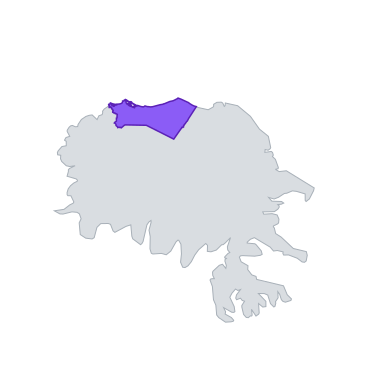 Sveitarfélagið Hornafjörðu, Austurland, Iceland (highlighted), rotated 209°
{"feature_id": "244011B97448762640394", "entity_name": "Sveitarfélagið Hornafjörðu", "entity_type": "district", "adm_level": 2, "iso_a3": "ISL", "parent_name": "Iceland", "parent_adm1": "Austurland", "projection": "albers", "projection_center": [-15.406, 64.234], "detail": "fine", "context": "in_parent", "style": "filled", "palette": "violet", "viewbox_px": 384, "rotation_deg": 209, "n_neighbors": 0, "source": "geoboundaries", "source_scale": "gbopen_adm2", "svg_char_len": 8636}
<svg xmlns="http://www.w3.org/2000/svg" viewBox="0 0 384 384"><g transform="rotate(209 192 192)"><path d="M279.9,118.3L282.7,118.5L287.4,116.4L294.1,110.2L296.9,108.8L303.3,108.8L295.5,114.8L292.7,121.4L290.5,124.6L290.5,126.0L296.1,130.0L298.8,128.6L299.9,129.1L301.0,131.0L301.8,134.7L301.3,138.6L299.8,142.5L297.6,145.7L297.9,146.8L299.7,147.3L308.9,145.2L310.0,149.9L310.9,151.5L310.6,153.1L307.0,158.3L311.3,155.0L314.7,154.0L320.7,155.5L323.1,157.3L324.6,160.5L327.5,159.4L328.9,161.3L329.0,163.2L327.8,168.7L324.4,171.5L326.6,175.4L328.4,175.4L328.7,176.3L328.6,178.6L325.9,181.4L330.5,184.4L331.1,185.5L330.9,189.0L330.2,191.0L328.9,192.2L325.6,192.5L323.7,193.8L324.4,195.9L323.9,201.8L321.4,206.7L319.0,209.3L316.7,211.0L310.1,209.3L310.4,213.5L308.1,216.1L308.6,218.2L309.4,219.3L309.0,222.0L306.1,227.8L304.0,229.6L299.7,231.9L293.6,237.1L287.3,237.1L271.9,244.4L265.7,248.4L254.6,260.3L249.9,263.3L241.9,264.6L217.7,271.8L214.8,276.4L214.6,277.4L215.6,279.2L213.7,282.5L209.9,284.8L208.2,284.7L205.3,282.5L204.9,283.5L206.0,286.0L193.9,289.6L177.6,286.5L163.5,279.7L152.2,277.7L144.7,269.0L144.6,267.7L145.7,265.4L148.6,264.6L147.5,262.0L142.3,265.9L140.7,265.6L138.8,263.7L138.8,262.0L134.9,261.0L128.4,255.3L128.0,254.1L129.8,252.5L129.5,252.2L125.7,252.1L119.8,256.3L87.1,254.8L86.3,252.1L86.0,242.8L87.6,239.0L88.9,239.5L92.1,245.2L101.0,243.2L104.8,241.6L108.5,236.9L110.5,235.5L113.8,229.3L116.8,225.7L122.4,224.4L117.7,222.7L109.1,227.1L106.4,226.8L107.9,224.7L110.9,222.5L109.0,222.1L108.4,220.9L108.6,218.5L110.4,214.8L120.5,208.9L118.5,207.4L111.4,211.9L106.4,213.2L102.8,210.4L101.3,207.0L101.6,205.7L104.3,201.8L104.0,201.0L102.5,200.4L98.7,196.2L92.1,195.8L76.0,191.7L63.1,195.3L60.5,192.5L58.7,187.0L59.5,185.1L61.8,184.2L67.8,185.1L76.9,183.8L81.3,181.3L82.7,182.3L83.3,183.8L89.0,182.2L92.1,179.9L96.9,181.7L115.3,182.3L118.0,179.0L119.4,175.0L119.0,174.1L111.9,177.2L110.4,177.0L102.9,174.1L100.4,171.5L101.5,169.8L106.0,166.3L117.1,160.8L118.7,159.6L119.0,158.0L115.2,154.8L107.3,154.7L105.7,151.2L99.5,148.5L95.1,149.2L93.1,146.9L66.5,154.3L58.9,148.3L53.2,146.7L52.9,145.1L56.9,140.9L59.4,140.4L61.7,141.2L65.7,145.0L68.6,146.4L65.4,141.2L65.8,136.6L64.8,135.3L64.0,132.1L64.7,131.1L69.2,132.4L75.8,138.6L79.6,138.2L84.7,135.4L74.4,132.2L71.8,127.6L74.3,125.7L79.7,126.7L74.6,118.8L74.5,117.5L75.9,114.5L83.1,118.2L79.7,113.5L79.7,112.5L80.9,111.9L81.8,109.4L83.8,108.6L87.5,109.9L92.7,115.6L93.4,117.0L93.1,122.0L95.5,121.5L98.1,122.6L100.8,119.4L102.3,120.4L103.2,123.6L102.3,130.2L104.2,128.1L106.9,128.2L108.0,122.8L107.9,118.3L99.6,112.3L96.5,108.2L97.0,107.0L98.9,106.1L108.3,106.2L104.6,103.6L103.8,101.3L96.7,101.3L93.3,100.0L93.3,98.9L94.9,97.4L99.6,94.4L107.7,95.1L110.8,96.4L116.3,104.6L121.0,108.2L128.4,119.3L133.5,123.7L133.6,124.7L132.6,125.8L130.4,127.0L133.4,129.1L135.2,131.9L135.2,133.1L132.6,141.1L130.3,143.6L125.4,141.6L126.3,144.3L129.7,147.5L130.4,149.1L129.7,150.6L131.5,150.3L131.9,151.2L130.7,155.8L129.6,157.4L132.6,158.6L134.5,161.2L136.2,170.8L138.2,163.7L139.2,161.1L140.5,160.2L142.6,153.0L146.4,148.9L149.8,147.5L152.6,152.9L155.0,153.6L158.2,144.7L159.0,138.1L158.8,130.7L159.7,125.5L161.5,122.5L163.7,121.7L168.0,125.1L171.2,132.7L176.4,141.0L180.2,143.3L181.0,143.1L181.8,140.5L181.9,130.0L184.1,124.6L188.9,123.5L196.2,118.8L197.9,118.7L201.2,121.9L206.9,132.7L211.1,137.8L213.1,145.7L214.1,147.2L215.2,144.8L215.5,141.3L210.8,125.0L210.8,122.8L211.4,121.0L221.1,122.3L223.2,124.2L229.6,133.6L233.0,130.0L239.9,119.3L242.2,119.7L247.6,124.2L249.9,123.9L256.5,120.1L258.0,115.0L255.4,104.6L256.6,102.5L262.6,100.1L269.1,100.6L275.7,110.3L276.0,114.8L279.9,118.3Z" fill="#d9dde1" stroke="#a8b0b8" stroke-width="1"/><path d="M233.6,229.4L232.6,239.2L232.1,243.2L232.2,243.5L232.1,243.8L231.7,243.7L231.4,244.1L231.2,244.2L231.2,244.3L231.2,244.6L231.0,244.9L231.3,245.1L231.4,245.6L231.5,245.9L231.3,246.2L231.5,246.4L231.5,246.8L231.3,247.3L231.3,247.5L231.2,247.7L231.2,248.0L231.2,248.4L231.0,248.7L231.0,248.9L231.0,249.9L230.9,250.1L230.9,250.4L230.8,251.2L230.5,251.8L230.5,252.2L230.6,254.6L229.6,268.8L231.5,268.3L233.6,268.1L236.6,268.2L238.6,268.5L239.5,268.4L246.4,267.9L249.8,267.4L249.9,267.1L249.8,266.8L250.7,265.7L251.2,264.8L251.8,264.0L252.4,263.1L253.0,262.4L255.3,260.4L258.7,256.1L259.8,255.0L260.0,254.6L262.2,252.9L262.4,252.6L262.6,252.5L267.7,247.6L268.5,247.0L269.5,246.3L271.8,245.4L271.9,245.2L273.8,244.7L274.8,244.5L275.0,244.3L275.3,243.5L275.7,243.0L276.2,242.7L278.1,242.0L281.4,241.4L281.4,241.2L281.7,241.0L282.7,240.8L286.1,240.8L288.6,241.0L289.0,241.2L289.0,241.3L289.2,241.2L288.9,241.1L288.5,240.8L288.3,240.5L288.1,240.4L287.9,240.6L287.5,240.7L285.1,240.4L284.9,240.5L284.8,240.4L284.5,240.2L284.4,240.1L284.2,240.3L284.3,240.5L283.9,240.5L283.9,240.3L283.6,240.3L283.5,240.5L283.3,240.5L282.9,239.2L283.1,238.9L283.4,239.1L283.5,238.8L283.7,238.7L283.8,238.5L284.0,238.7L283.9,238.5L284.1,238.4L283.9,238.3L283.9,238.0L283.8,237.9L284.0,237.9L284.3,237.5L286.0,237.4L286.2,237.6L286.8,237.7L287.0,238.0L287.0,238.3L287.4,238.3L287.5,238.2L287.2,237.3L287.4,237.2L287.6,237.5L287.8,237.6L287.7,237.2L287.8,237.2L287.9,237.4L287.9,237.6L287.7,237.9L287.7,238.0L288.0,237.9L288.1,238.0L288.1,237.8L288.4,237.6L288.8,237.2L288.7,237.1L288.9,237.1L288.6,237.5L288.4,237.9L288.6,238.1L288.6,238.3L288.5,238.5L288.4,238.8L288.6,238.9L288.3,239.1L288.4,239.3L288.4,239.6L288.4,240.0L288.6,240.0L288.5,240.3L288.5,240.5L289.0,240.1L288.7,240.0L288.8,239.9L289.0,240.0L289.0,239.9L289.0,239.6L288.9,239.7L288.7,239.6L288.8,239.5L288.8,239.4L289.0,239.3L289.0,239.5L289.3,239.4L289.1,239.3L289.2,239.2L289.3,239.1L289.4,239.3L289.5,239.1L289.4,239.0L289.4,238.9L289.2,238.7L288.8,238.4L288.9,238.2L289.2,238.0L289.4,238.2L289.4,238.3L289.5,238.3L289.7,238.0L289.9,238.0L289.7,238.4L289.9,238.3L290.0,238.5L289.9,238.5L290.1,238.5L290.4,238.5L290.4,238.3L290.5,238.5L290.4,238.7L290.7,238.3L290.8,238.3L290.9,238.2L291.0,238.2L290.9,238.0L291.0,237.8L291.0,237.7L291.1,237.4L291.9,237.5L292.7,238.0L293.1,238.4L293.2,238.5L293.4,238.8L293.5,238.9L293.9,239.6L293.6,239.7L293.6,239.8L293.4,239.7L293.1,239.9L293.3,240.1L293.2,240.2L291.9,240.1L291.5,240.2L291.3,240.1L290.5,240.3L289.9,240.5L289.5,240.5L289.0,240.8L289.0,241.0L289.4,240.8L289.6,240.8L289.7,241.0L289.9,240.8L291.0,240.5L293.4,240.6L293.5,240.7L293.9,240.6L294.1,240.7L294.3,240.6L294.5,240.7L295.2,240.6L295.3,240.3L295.0,240.2L294.9,240.1L294.9,239.8L295.1,239.5L295.5,239.2L295.7,239.3L295.8,239.3L295.8,239.2L295.8,238.8L295.9,238.7L296.0,238.3L296.3,238.1L296.5,238.0L296.8,237.9L296.6,237.5L296.7,237.1L296.8,237.1L296.7,237.1L296.3,236.3L296.4,235.9L296.6,235.4L297.1,234.8L298.1,233.8L300.1,232.5L300.3,232.4L300.2,232.2L300.5,232.0L300.4,231.9L300.3,231.7L300.5,231.7L301.0,231.1L301.2,230.8L301.6,230.8L301.6,230.6L301.5,230.4L301.6,230.2L301.7,229.9L301.8,229.8L301.8,229.7L301.6,229.6L301.7,229.2L302.2,228.9L302.3,228.9L302.4,229.1L302.7,229.1L302.8,229.3L303.3,229.0L303.7,229.0L303.9,228.9L304.2,229.1L304.8,229.4L305.4,229.9L305.8,230.0L306.0,230.2L304.5,230.4L303.1,230.7L301.7,231.3L300.7,231.8L300.4,232.3L300.3,232.5L300.7,232.0L301.2,231.7L302.9,231.0L305.5,230.4L306.1,230.3L306.2,230.5L306.3,230.5L306.6,229.9L306.5,229.6L306.4,229.5L306.5,229.3L306.9,228.7L307.4,228.3L307.4,228.2L307.1,227.7L306.4,227.7L306.3,227.3L305.8,227.1L305.7,227.0L305.8,226.9L305.9,226.6L305.5,226.4L305.4,225.8L304.7,226.1L304.5,226.5L304.4,226.9L303.9,226.9L303.0,226.6L302.9,226.4L302.8,225.9L302.3,225.7L301.7,225.8L301.2,225.5L301.2,225.3L300.5,225.1L300.5,224.9L300.5,224.6L300.3,224.5L300.3,224.1L300.3,223.8L300.0,223.3L299.4,223.4L298.8,223.2L298.2,223.6L297.2,223.3L296.9,223.4L296.9,223.6L296.4,223.5L296.0,223.7L295.6,223.6L295.0,223.7L294.9,223.6L294.9,223.4L294.8,223.2L294.7,222.8L294.5,222.6L294.4,222.0L293.9,221.5L293.9,221.2L293.6,220.7L293.6,220.1L293.9,219.9L292.5,217.4L292.5,217.1L292.7,216.7L293.2,215.9L293.3,215.3L293.4,215.1L293.4,214.7L292.8,214.8L291.7,214.5L291.1,214.1L290.7,213.3L288.9,212.9L288.1,212.3L287.3,213.3L286.2,213.4L286.2,213.7L286.1,213.8L285.4,214.0L284.9,213.9L283.6,217.4L283.0,218.3L264.3,228.2L233.6,229.4ZM284.0,240.1L284.2,239.8L284.1,239.6L283.9,239.8L283.8,240.1L284.0,240.1ZM283.8,239.7L284.0,239.6L284.1,239.4L283.8,239.5L283.8,239.7ZM283.5,240.1L283.6,239.8L283.4,239.7L283.3,239.9L283.5,240.1ZM289.1,240.6L288.7,240.5L288.8,240.6L288.7,240.6L288.9,240.8L289.1,240.6ZM289.5,240.0L289.2,239.8L289.2,240.0L289.3,240.0L289.2,240.2L289.5,240.1L289.5,240.0ZM283.5,239.6L283.5,239.4L283.2,239.6L283.5,239.6ZM283.7,240.2L283.4,240.2L283.3,240.3L283.7,240.2Z" fill="#8b5cf6" stroke="#5b21b6" stroke-width="1.5"/></g></svg>